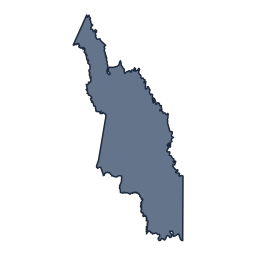 the district of Morelia, Caquetá, Colombia
{"feature_id": "7082276B57536514364172", "entity_name": "Morelia", "entity_type": "district", "adm_level": 2, "iso_a3": "COL", "parent_name": "Colombia", "parent_adm1": "Caquetá", "projection": "equal_earth", "projection_center": [-75.683, 1.4], "detail": "fine", "context": "isolated", "style": "filled", "palette": "slate", "viewbox_px": 256, "rotation_deg": 0, "n_neighbors": 0, "source": "geoboundaries", "source_scale": "gbopen_adm2", "svg_char_len": 5774}
<svg xmlns="http://www.w3.org/2000/svg" viewBox="0 0 256 256"><path d="M86.5,15.5L73.0,45.5L73.5,45.0L74.9,44.7L75.0,44.1L75.8,44.0L76.2,44.5L76.8,43.8L77.3,44.0L77.6,43.6L78.3,44.1L78.6,43.8L79.0,44.1L78.9,44.8L79.2,45.0L79.4,45.7L78.8,46.5L79.1,47.2L80.8,48.0L81.0,47.6L81.3,48.1L81.9,47.8L82.6,48.4L82.9,48.2L83.1,49.1L83.7,48.6L84.1,48.9L84.0,48.0L84.9,48.8L84.8,49.3L84.2,49.3L84.7,50.4L84.2,52.0L84.7,52.6L84.9,52.2L85.4,52.4L85.8,54.0L86.2,54.2L85.7,54.9L86.8,55.4L86.4,56.3L86.6,58.4L87.3,60.3L87.9,59.8L88.0,60.7L88.5,60.8L87.9,61.8L87.9,63.2L90.0,65.2L89.9,66.8L90.2,68.4L89.8,69.4L88.9,70.3L89.2,71.7L89.8,72.5L89.5,72.8L89.6,73.9L89.3,74.9L89.8,75.1L90.2,78.0L90.9,77.6L90.6,78.5L91.0,79.5L90.5,82.0L90.0,82.4L88.6,82.2L88.7,82.9L87.7,84.7L86.4,84.6L87.1,88.1L86.9,89.0L86.2,89.5L86.4,90.0L86.9,90.1L87.2,89.1L87.4,89.1L87.3,91.7L87.8,92.8L87.3,93.4L88.6,94.1L88.6,95.1L90.1,95.5L91.6,97.2L91.7,98.0L90.7,98.4L90.7,99.5L91.4,100.7L91.8,100.9L91.6,102.1L92.0,102.2L92.3,101.4L92.6,101.6L92.9,103.0L93.5,103.8L93.6,105.3L93.9,106.0L95.3,106.3L95.6,108.1L95.4,108.4L95.9,109.7L95.9,111.0L97.4,111.7L98.1,111.5L100.0,112.2L100.5,111.9L100.0,112.9L100.3,113.5L101.3,113.3L101.8,113.6L102.2,112.8L102.8,113.1L103.3,112.6L105.7,114.5L105.9,116.5L98.5,160.5L96.8,165.1L96.5,166.4L96.7,167.4L97.7,168.2L99.3,167.2L100.7,167.5L103.3,174.6L103.4,175.5L104.1,175.3L104.9,173.2L107.4,172.3L108.3,172.7L109.7,172.7L110.5,174.1L111.4,174.8L112.0,176.0L112.8,175.8L114.2,176.6L116.5,177.0L117.4,176.7L118.4,175.8L120.6,175.8L121.7,176.3L121.4,181.7L119.6,185.9L119.8,187.0L119.4,187.9L120.2,189.4L120.5,192.5L122.6,193.1L123.5,192.9L124.1,192.2L125.2,193.0L127.0,192.6L130.0,194.1L131.6,193.1L132.4,193.3L132.8,192.5L134.1,192.8L134.6,192.2L135.2,192.7L136.0,192.3L136.7,193.0L137.6,192.7L138.5,194.1L139.5,194.3L139.9,196.3L141.7,198.5L141.4,199.0L141.9,199.3L142.4,198.9L142.7,199.3L142.4,199.9L142.6,200.3L141.6,201.6L141.6,202.5L141.3,202.8L141.7,203.6L141.4,204.3L141.2,204.1L141.4,204.9L141.1,204.9L141.1,205.5L140.8,205.5L141.1,206.3L140.6,206.8L140.8,207.2L140.8,206.8L141.2,206.8L141.0,207.2L141.4,207.7L141.2,207.8L141.4,209.3L141.6,209.4L141.0,210.4L141.0,212.0L142.1,212.9L142.7,212.5L143.0,212.9L143.6,214.0L143.2,214.4L142.9,215.8L143.2,216.1L143.5,215.6L143.4,216.4L144.8,216.1L144.8,215.6L145.0,215.4L146.0,216.2L145.9,216.8L146.4,217.2L146.6,217.8L146.3,218.2L146.7,218.9L146.2,220.3L146.5,220.6L146.8,220.1L147.2,220.2L147.2,221.0L147.7,221.1L148.2,221.9L147.9,222.7L147.4,222.9L147.2,224.3L147.7,224.7L147.2,225.9L146.3,226.9L146.8,227.4L146.6,227.9L147.3,227.7L146.9,228.9L147.1,229.2L146.4,229.6L146.5,230.4L146.9,230.5L146.5,231.0L146.7,231.4L146.3,231.8L146.8,232.4L146.7,233.3L147.4,232.7L147.7,231.2L148.7,231.5L149.5,231.1L150.3,231.4L150.7,232.7L152.1,233.0L152.5,233.9L155.8,233.0L158.0,234.5L159.2,234.3L159.7,235.2L159.6,236.6L158.4,237.8L158.1,238.7L158.7,240.1L159.6,240.6L160.5,240.3L161.3,238.8L162.0,238.5L162.9,238.7L164.2,239.9L164.7,239.9L165.6,238.8L166.6,236.3L167.3,235.5L168.5,235.9L169.9,237.5L170.9,237.4L171.5,236.4L171.4,234.4L170.1,232.5L169.8,231.5L170.2,231.1L172.2,231.2L173.0,232.4L172.9,235.1L173.4,236.3L175.3,235.8L177.9,234.1L178.7,234.1L180.6,239.5L181.7,240.4L182.7,240.5L183.0,176.1L181.6,175.5L179.4,176.1L179.1,175.6L179.5,173.9L179.1,173.1L176.7,173.0L175.7,172.6L175.7,172.1L176.2,171.6L177.7,171.1L177.8,170.0L177.5,169.8L176.8,170.3L175.7,169.7L173.5,167.3L172.5,165.3L172.8,164.9L174.7,164.8L175.7,161.4L175.1,161.1L174.2,162.5L173.6,162.4L173.2,161.6L173.9,160.3L173.8,159.0L172.4,158.1L171.1,155.8L169.4,155.2L169.2,154.3L169.9,152.9L169.6,151.9L167.6,151.9L166.9,151.2L167.1,150.0L168.5,147.8L168.3,147.1L167.3,145.6L167.4,144.6L167.9,144.1L168.5,144.1L169.3,146.8L170.0,147.1L170.5,146.6L170.5,145.8L169.2,144.2L169.0,143.2L169.3,143.0L170.5,143.8L170.6,142.3L171.9,141.5L171.4,139.9L171.6,138.8L173.3,137.4L171.6,136.3L171.5,135.1L172.3,133.3L172.3,132.2L171.8,131.6L170.5,131.8L169.8,131.1L167.5,122.8L167.7,121.0L167.3,119.6L167.8,118.4L168.2,114.0L167.7,113.6L166.5,114.6L165.9,114.5L164.9,112.9L163.0,113.0L162.8,111.7L162.3,111.1L159.8,110.7L159.9,109.9L161.2,110.0L161.8,109.4L161.3,107.5L161.3,105.7L159.9,105.6L159.2,103.3L158.0,102.8L157.4,103.0L156.6,104.3L156.0,104.3L155.7,102.0L155.0,99.9L154.4,98.7L153.6,98.0L153.1,98.3L153.1,99.2L154.1,102.2L153.6,102.9L153.0,102.5L152.3,98.4L152.5,94.8L151.8,94.1L150.6,94.7L149.9,93.9L149.4,92.1L150.0,90.0L148.2,86.7L147.3,86.9L147.2,88.2L146.7,88.9L145.9,89.0L145.5,88.5L145.3,87.8L145.7,81.9L145.3,82.0L144.6,82.9L144.1,82.9L144.0,82.0L145.0,80.8L144.9,79.8L144.1,79.7L142.9,78.0L141.6,78.4L141.1,78.0L140.7,75.2L139.1,73.9L138.8,73.2L138.7,71.5L139.6,69.4L139.3,68.6L138.6,68.6L137.9,70.0L135.6,71.1L135.3,70.7L135.4,68.7L134.6,67.9L134.0,68.9L134.4,70.3L134.0,70.8L133.6,70.8L132.9,70.0L131.8,70.0L131.4,70.6L131.4,71.8L130.8,72.2L130.4,72.0L129.7,70.9L128.7,70.8L128.0,71.4L126.5,71.8L125.1,73.4L124.7,73.4L124.2,71.6L124.2,69.1L123.0,68.2L122.2,66.4L121.2,65.3L120.9,62.0L120.3,61.0L119.6,62.0L119.1,64.7L117.3,66.3L113.1,67.4L109.6,67.2L109.0,67.6L108.6,68.1L108.2,70.8L108.5,71.5L109.9,72.9L110.1,74.0L109.7,74.6L109.1,74.6L107.4,73.3L106.8,71.1L107.7,67.7L107.8,65.5L107.1,63.8L107.1,61.6L106.4,59.4L106.7,58.0L106.5,57.5L105.8,57.3L106.2,56.2L105.5,55.6L105.7,54.8L105.1,53.9L105.2,52.7L104.2,51.0L104.4,49.3L104.8,48.7L104.1,46.9L104.8,45.8L105.5,45.6L105.5,45.2L100.7,40.7L99.8,38.8L97.4,39.3L96.6,38.8L96.0,37.2L95.4,36.7L95.9,35.2L95.3,34.0L95.4,32.2L96.1,32.4L96.5,32.1L96.5,30.5L95.3,29.8L94.5,30.9L93.4,31.6L92.5,29.4L90.8,29.1L90.8,28.1L91.5,26.4L91.5,25.6L92.5,25.6L92.6,24.9L91.1,23.8L90.5,20.4L89.7,19.5L90.5,18.5L89.2,16.3L89.0,15.4L88.2,15.4L87.6,17.2L87.2,17.1L86.5,15.5Z" fill="#64748b" stroke="#1e293b" stroke-width="1.5"/></svg>